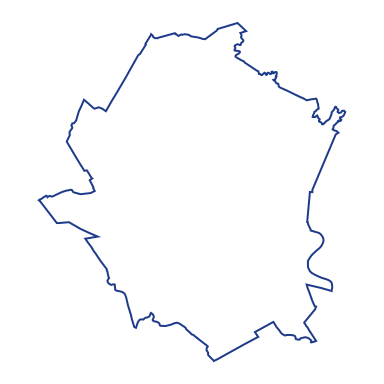 outline of Gaiseni, Giurgiu, Romania
{"feature_id": "2599482B30657181659472", "entity_name": "Gaiseni", "entity_type": "district", "adm_level": 2, "iso_a3": "ROU", "parent_name": "Romania", "parent_adm1": "Giurgiu", "projection": "robinson", "projection_center": [25.635, 44.506], "detail": "fine", "context": "isolated", "style": "outline", "palette": "blue", "viewbox_px": 384, "rotation_deg": 0, "n_neighbors": 0, "source": "geoboundaries", "source_scale": "gbopen_adm2", "svg_char_len": 5899}
<svg xmlns="http://www.w3.org/2000/svg" viewBox="0 0 384 384"><path d="M258.2,336.9L254.9,332.1L273.4,321.9L273.6,322.1L274.4,323.5L276.6,327.2L278.8,329.7L281.3,333.2L282.3,334.1L284.8,335.4L285.0,335.5L286.9,335.0L289.1,334.9L292.0,335.1L293.8,335.5L294.7,335.9L295.2,336.4L295.5,337.3L295.6,338.6L296.1,339.2L298.2,339.6L299.7,339.6L300.4,338.5L301.4,338.1L304.8,337.3L306.1,337.3L308.7,338.3L311.2,340.4L311.3,341.0L310.9,342.1L311.2,342.4L313.1,342.0L316.1,340.9L309.2,330.4L307.9,328.0L305.8,325.3L305.1,323.9L304.5,323.3L304.2,322.8L304.4,322.3L314.8,309.7L315.2,309.1L316.1,306.6L315.3,306.4L314.8,306.2L313.8,304.2L312.1,300.3L309.4,292.5L307.6,288.0L306.7,284.6L321.2,288.0L331.6,291.0L331.5,290.4L332.2,288.1L332.2,286.6L331.9,283.8L331.5,282.5L330.6,281.5L329.7,280.8L327.7,279.7L321.3,277.7L315.7,275.2L312.1,273.2L311.1,272.4L309.9,271.1L308.6,268.6L308.0,266.9L307.9,261.9L308.3,260.2L310.9,256.2L312.6,254.2L316.6,250.5L319.4,248.2L320.7,246.8L321.8,245.2L322.8,243.2L323.2,242.1L323.5,240.4L323.3,238.5L322.9,237.4L321.5,235.2L320.7,234.3L319.9,233.6L319.1,233.0L310.7,230.5L310.7,229.6L308.2,224.5L307.7,222.0L307.2,222.0L309.9,192.0L312.4,192.1L312.4,189.8L335.7,134.5L338.4,132.7L336.8,131.3L335.9,130.8L334.0,130.3L332.7,129.5L332.6,129.2L333.2,128.7L333.7,125.7L335.2,124.5L336.1,123.6L336.6,122.9L337.8,122.1L337.9,121.2L338.2,120.9L338.7,120.6L339.0,120.8L339.0,121.1L339.9,121.2L341.1,120.4L341.3,119.5L340.5,119.2L340.1,118.8L339.9,117.7L340.0,117.4L341.6,117.0L342.6,116.5L343.8,115.3L345.1,112.5L345.2,111.9L344.1,110.8L343.4,110.7L342.6,110.8L342.1,110.9L342.0,111.4L340.8,112.5L339.2,113.0L338.4,112.7L337.8,112.2L337.6,111.6L338.4,110.1L336.6,108.0L335.9,107.4L335.8,106.1L335.5,106.8L334.8,107.4L334.6,108.5L333.5,110.3L331.6,112.3L331.7,113.6L329.7,118.7L328.5,119.9L327.4,120.4L326.4,121.1L325.6,121.8L324.9,122.6L323.0,124.4L322.4,124.2L322.6,123.8L321.9,123.4L321.3,122.6L320.4,122.1L319.7,121.9L319.0,121.3L319.0,120.4L319.6,119.8L319.7,119.2L318.4,118.1L317.8,117.0L317.2,115.5L316.4,115.9L315.7,116.6L315.0,117.0L314.0,117.1L312.7,117.0L313.2,114.9L314.2,113.0L314.4,111.8L315.7,111.2L316.4,110.2L317.4,109.4L318.6,108.8L318.6,107.7L318.3,106.9L318.1,104.3L317.7,103.4L316.9,100.3L316.6,99.3L316.2,98.7L315.3,98.7L313.6,99.1L312.3,99.1L306.8,100.3L304.5,99.0L302.2,97.8L300.2,97.1L297.4,95.6L297.0,95.4L296.9,95.5L288.0,91.1L279.6,87.3L279.0,86.8L278.7,86.1L278.4,84.3L278.2,83.7L277.0,83.5L276.2,83.1L275.2,81.2L274.2,80.7L273.7,80.3L273.4,79.9L275.2,79.3L276.2,77.2L276.3,76.8L275.8,76.7L275.9,76.0L276.4,75.2L276.7,74.1L276.8,73.2L276.6,72.2L276.0,72.0L275.2,72.1L274.0,72.8L273.9,73.2L273.3,73.3L273.1,72.9L273.0,72.2L272.4,71.7L271.9,71.7L271.6,71.9L272.0,73.0L271.1,73.5L270.8,74.0L270.2,74.0L268.7,72.9L268.1,72.7L267.7,72.8L267.3,73.4L267.0,74.5L266.4,74.9L266.0,74.7L265.4,73.3L264.5,72.7L264.2,72.8L264.0,73.4L262.8,74.2L262.2,74.9L261.7,75.1L261.2,75.0L260.4,74.1L259.0,74.0L258.3,71.3L256.6,70.5L245.5,63.1L244.8,62.6L243.8,61.3L241.2,60.2L236.1,57.2L235.6,56.8L235.5,56.2L235.8,55.4L236.2,55.0L238.9,53.5L239.4,53.0L239.9,52.3L239.8,51.7L239.5,51.3L236.3,50.7L235.2,50.7L234.6,50.4L234.6,49.6L235.3,48.2L235.3,47.5L234.6,46.5L234.9,45.6L235.8,44.9L236.6,44.5L237.6,44.3L238.7,44.5L239.5,45.0L240.2,45.1L240.7,44.8L241.2,43.0L242.1,42.2L242.8,41.9L243.4,40.8L243.3,40.3L241.3,37.9L241.0,37.0L241.5,36.1L241.5,35.2L240.8,33.5L240.4,33.0L246.1,31.1L237.5,23.0L217.6,29.0L217.3,29.9L216.5,30.8L205.1,39.2L203.1,39.0L200.0,38.0L197.8,37.4L191.9,36.5L190.5,36.1L189.6,35.2L187.6,34.6L184.9,34.2L181.9,34.8L181.3,34.5L180.4,34.8L179.3,35.6L178.3,35.9L176.0,34.0L175.4,34.1L174.9,33.2L158.1,37.8L157.5,38.2L154.8,38.1L153.2,37.0L152.8,35.8L151.1,34.2L150.6,35.5L145.4,43.9L145.9,44.6L139.9,54.1L138.7,54.7L137.8,55.9L125.2,78.4L116.3,93.5L111.6,101.2L105.9,111.2L102.3,108.7L98.8,107.3L94.5,108.7L93.3,107.9L87.7,102.9L84.0,99.8L80.9,107.1L78.9,111.1L76.1,120.6L74.2,123.0L73.3,123.3L72.3,123.4L71.4,125.6L72.0,126.7L72.3,127.7L72.2,128.2L69.7,131.6L69.5,133.2L69.7,134.4L69.9,134.8L69.1,136.7L66.9,141.1L66.8,141.7L73.4,152.9L80.2,164.2L83.4,169.2L84.3,170.8L86.5,170.4L87.0,170.5L91.4,177.7L91.7,178.1L92.2,178.4L89.7,180.2L93.4,187.2L93.1,187.8L93.1,188.0L94.7,191.0L91.6,192.6L90.3,193.1L80.5,194.2L73.6,192.3L73.2,192.0L71.7,189.8L70.8,189.8L66.1,190.7L62.1,192.0L59.4,193.2L52.5,196.5L51.4,196.5L49.8,195.9L49.1,196.1L47.9,196.9L47.6,197.2L46.8,196.0L46.3,195.7L43.2,197.5L41.8,198.6L40.4,199.4L39.5,199.6L38.8,200.3L40.2,201.4L56.8,223.0L58.4,223.1L68.9,222.2L80.5,228.9L88.3,232.5L97.7,236.6L85.3,238.7L87.7,242.2L92.0,247.9L92.0,248.3L92.5,248.8L92.7,249.5L94.4,252.0L95.2,252.9L100.2,260.5L106.8,269.2L106.7,270.4L107.4,271.3L107.8,274.0L108.2,275.2L108.3,276.5L109.0,277.8L109.0,278.2L108.6,278.8L107.6,280.3L107.4,280.9L107.8,282.0L108.7,283.5L110.0,284.3L111.2,284.9L113.0,284.4L114.0,284.3L114.7,284.5L114.9,285.0L114.9,287.3L115.2,288.6L115.2,289.7L115.5,290.2L116.8,290.7L120.2,291.4L122.1,291.9L124.2,293.3L125.0,294.4L126.1,297.2L128.0,305.4L130.8,314.5L132.1,320.0L133.7,325.1L134.1,326.7L134.9,327.4L136.0,327.8L137.9,322.1L139.4,320.0L140.0,319.6L140.7,319.4L143.4,319.5L144.3,318.5L145.8,317.7L147.5,317.4L149.0,316.6L149.6,316.0L150.3,314.3L150.7,313.2L151.0,312.9L153.3,314.9L153.8,316.8L153.7,317.6L152.8,319.4L152.7,320.0L152.8,320.4L153.9,321.3L156.1,321.6L158.4,322.6L158.8,322.9L159.3,323.5L159.9,325.3L160.4,325.8L165.2,326.0L166.1,325.9L170.8,324.7L172.3,324.2L173.5,323.5L176.9,322.7L177.7,322.9L179.1,323.4L184.5,326.9L185.5,327.8L186.1,328.9L186.3,329.4L189.6,332.2L191.9,334.5L193.4,334.9L195.0,336.4L196.9,337.7L196.8,337.8L207.7,346.2L207.8,346.6L206.8,347.7L206.7,348.8L206.5,349.9L206.6,350.5L207.1,351.1L208.1,352.7L208.2,353.3L208.0,354.0L208.1,354.6L208.4,355.3L208.8,355.7L211.7,358.7L212.9,359.8L213.6,360.5L213.8,361.0L217.3,359.3L245.4,343.7L258.2,336.9Z" fill="none" stroke="#1e3a8a" stroke-width="2"/></svg>